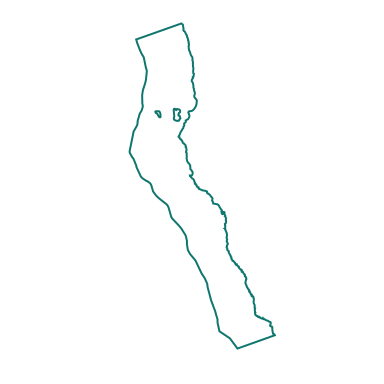 Lago Niassa, Niassa, Mozambique (Robinson projection), rotated 341°
{"feature_id": "85939544B11916103118899", "entity_name": "Lago Niassa", "entity_type": "district", "adm_level": 2, "iso_a3": "MOZ", "parent_name": "Mozambique", "parent_adm1": "Niassa", "projection": "robinson", "projection_center": [34.718, -12.529], "detail": "fine", "context": "isolated", "style": "outline", "palette": "teal", "viewbox_px": 384, "rotation_deg": 341, "n_neighbors": 0, "source": "geoboundaries", "source_scale": "gbopen_adm2", "svg_char_len": 6077}
<svg xmlns="http://www.w3.org/2000/svg" viewBox="0 0 384 384"><g transform="rotate(341 192 192)"><path d="M214.8,289.0L214.5,288.7L214.6,288.3L215.0,287.9L215.0,287.1L214.5,286.5L214.1,285.0L214.2,284.4L213.8,283.8L213.8,283.4L213.4,283.2L213.1,283.3L213.2,282.5L213.5,282.5L213.6,282.0L213.4,281.5L212.7,281.2L212.5,280.5L211.9,279.6L211.7,278.8L212.0,278.4L212.0,277.8L211.3,277.3L211.3,277.0L210.9,276.2L210.8,275.3L210.3,275.6L209.7,274.8L209.8,273.5L209.7,273.0L209.3,272.8L209.1,271.6L208.6,270.6L207.9,270.3L207.8,269.9L208.0,269.1L207.6,268.4L207.5,267.7L207.9,267.1L208.0,266.6L207.6,265.9L207.6,265.4L207.8,265.1L207.6,264.5L207.6,263.9L207.4,263.6L207.4,262.6L207.1,261.8L207.1,261.0L207.5,259.9L207.4,259.6L206.8,259.0L206.5,258.1L206.9,257.3L207.0,256.6L206.7,256.0L206.7,255.4L207.4,254.6L207.6,253.9L208.7,253.2L209.0,252.6L209.1,252.1L208.8,251.2L208.8,249.7L209.8,248.4L209.7,247.3L209.9,247.1L210.0,246.1L211.0,244.5L211.3,243.4L211.2,242.7L211.5,241.8L211.2,239.0L211.5,238.3L211.1,237.7L211.3,237.2L211.1,237.0L211.5,236.9L212.4,235.1L212.5,234.8L212.3,234.1L212.7,233.3L212.8,232.8L213.5,232.7L214.3,231.7L214.8,230.7L214.8,229.4L215.6,228.3L215.5,226.2L215.3,225.8L215.6,225.7L215.8,225.3L215.4,223.7L215.7,223.3L215.7,222.9L216.1,221.8L215.6,221.2L214.9,221.1L214.7,221.4L214.5,222.5L214.4,222.7L214.1,222.6L214.1,222.8L213.5,222.8L213.2,221.9L213.3,221.2L213.6,221.4L213.8,221.2L213.5,220.2L214.2,219.9L214.3,219.3L214.1,218.3L213.8,218.1L212.8,213.0L212.0,211.9L208.3,209.8L208.3,208.7L208.6,207.8L208.2,206.6L209.2,205.0L209.3,204.5L209.0,203.4L208.7,203.1L208.0,200.7L207.1,199.3L207.1,199.0L206.1,198.3L206.0,197.5L206.2,197.1L206.3,196.4L206.1,196.1L204.2,194.7L202.7,194.1L201.2,192.6L199.5,191.3L199.3,190.1L199.4,189.9L199.7,190.0L199.7,189.7L198.3,188.4L198.5,186.7L198.1,186.3L197.4,185.1L197.6,184.1L197.7,184.7L198.0,185.0L197.6,183.0L197.8,182.5L197.6,180.7L197.2,179.9L196.3,178.7L195.9,177.3L195.3,176.4L195.4,175.7L196.7,176.3L197.1,176.3L197.8,175.9L198.5,175.0L199.0,173.5L199.0,172.9L198.7,172.0L198.6,171.2L198.0,170.0L198.0,169.3L198.5,168.1L198.5,167.6L199.0,166.2L198.4,164.1L197.7,162.6L197.5,161.0L197.8,158.9L199.6,153.6L199.6,153.1L199.3,152.6L199.5,151.8L200.3,151.1L200.7,149.7L200.9,148.7L200.6,147.6L201.0,147.2L201.1,146.9L200.9,146.5L201.1,145.6L200.7,144.7L200.3,144.2L200.2,143.6L199.3,142.4L199.4,140.6L199.1,140.3L198.8,138.8L198.5,138.6L198.5,138.3L197.9,137.5L197.8,137.0L197.9,136.7L198.0,136.0L197.4,135.6L197.7,135.2L197.6,134.9L198.7,134.1L200.9,131.5L202.6,130.3L203.1,129.6L204.5,128.8L205.4,127.2L206.1,126.9L206.4,126.5L206.8,124.7L208.6,124.0L209.1,123.5L209.3,122.3L212.1,121.8L213.7,120.3L214.4,119.2L214.5,117.4L214.4,115.8L214.9,115.0L215.3,114.8L216.4,114.9L217.2,115.2L218.7,115.2L220.2,114.7L221.7,113.7L223.1,112.6L224.2,111.3L224.9,110.2L226.3,107.3L226.3,106.7L226.1,105.5L225.3,103.7L225.2,102.5L225.6,101.5L226.4,100.6L227.1,98.6L227.0,96.7L227.4,95.0L227.3,94.0L227.5,93.1L227.9,92.3L228.2,90.1L228.3,89.0L227.9,87.3L227.9,86.8L228.7,85.5L229.8,84.8L230.3,84.1L230.2,83.5L230.7,83.4L231.3,82.9L231.9,81.6L232.0,81.0L232.2,80.9L231.9,80.3L232.4,78.2L233.6,75.5L233.9,73.2L234.1,72.7L234.3,72.5L234.3,72.0L234.6,70.8L234.9,70.6L235.3,68.6L235.3,67.4L235.7,66.8L236.2,64.7L235.6,62.7L235.5,60.4L235.7,59.1L235.4,57.3L235.6,56.7L235.7,55.0L236.1,53.9L236.2,53.0L236.8,52.3L237.3,51.2L237.2,50.3L237.6,49.5L237.8,48.0L237.6,47.6L237.9,47.1L237.9,45.5L238.1,44.8L237.8,43.7L238.1,42.4L238.0,41.6L237.8,41.4L237.5,38.4L237.2,37.6L236.7,37.1L236.5,36.4L237.4,34.0L237.3,33.3L237.7,31.9L237.8,30.8L236.8,29.2L188.9,29.6L188.7,33.5L189.0,41.4L189.5,45.8L190.1,48.0L190.2,49.2L188.9,59.3L188.8,62.1L188.4,63.6L184.9,71.1L182.9,74.2L178.7,79.8L176.4,84.2L173.9,92.0L173.5,94.6L173.1,95.5L171.0,98.5L168.8,100.3L167.5,101.6L166.8,102.9L164.0,106.7L162.6,109.8L161.8,111.1L156.5,115.8L146.6,132.6L146.2,133.4L145.9,134.7L146.9,140.1L147.3,140.7L147.5,141.8L147.9,149.3L147.6,150.2L148.7,160.9L149.6,162.9L152.7,166.9L153.6,167.5L154.0,168.4L155.1,169.7L155.5,171.0L155.7,172.3L155.4,178.8L156.9,183.7L158.6,187.0L163.9,195.3L164.4,196.4L164.8,199.0L164.3,208.1L164.5,210.3L168.6,219.3L170.0,223.0L171.7,230.3L171.8,231.7L171.3,236.6L170.2,239.7L169.2,245.5L169.9,249.8L173.0,257.9L174.6,272.4L176.0,277.7L176.5,283.8L175.8,287.0L174.8,300.7L175.1,312.7L174.8,316.3L174.7,320.5L173.6,324.0L172.6,332.7L180.2,342.7L184.0,354.8L223.7,354.4L223.5,353.3L222.6,352.6L222.5,352.2L222.9,349.4L223.6,346.6L223.8,346.4L223.8,345.4L222.6,344.5L222.3,343.8L223.7,341.9L223.9,340.7L222.3,339.2L221.8,338.4L220.3,337.4L219.5,336.2L218.8,335.9L218.6,335.3L218.1,335.3L217.8,334.9L217.8,334.3L217.3,334.6L216.7,334.3L216.6,334.1L216.1,333.8L215.2,332.7L215.3,332.3L215.1,332.0L214.6,332.1L214.2,331.6L213.9,331.7L213.5,330.5L212.9,330.4L212.6,329.7L212.2,329.4L212.0,328.2L211.9,328.0L212.3,327.0L212.3,326.7L212.7,326.5L212.5,325.8L213.2,323.3L213.4,323.1L213.4,322.7L213.9,322.3L213.6,321.6L214.4,319.5L214.2,317.0L214.5,315.9L214.9,315.3L215.1,314.4L215.7,313.3L215.8,312.4L215.6,312.1L215.9,311.0L215.9,310.8L214.7,310.1L214.5,309.7L214.6,309.3L215.1,309.0L215.1,308.6L215.0,308.3L214.3,307.8L214.4,307.6L214.3,306.0L213.8,305.4L214.0,304.9L213.8,304.6L214.1,304.4L213.8,304.1L214.0,302.9L213.9,302.6L213.5,302.3L213.4,300.9L213.0,300.2L213.1,299.6L212.9,298.4L213.1,297.9L212.8,295.6L213.6,293.9L214.2,293.2L214.6,292.3L215.0,292.1L215.3,290.8L215.3,290.1L214.8,289.4L214.8,289.0ZM207.2,111.4L206.6,112.7L206.3,112.9L205.2,113.1L204.4,114.3L204.2,114.9L204.2,115.3L204.4,115.6L205.0,115.8L205.1,116.2L205.0,118.2L204.9,118.7L203.5,119.5L202.9,120.3L202.0,120.2L200.5,119.6L199.0,118.3L198.6,117.5L198.7,116.7L199.9,114.6L201.4,108.4L201.9,107.7L202.6,107.6L203.1,107.9L203.6,109.3L203.8,109.4L204.6,108.7L205.0,108.7L206.9,110.0L207.2,111.0L207.2,111.4ZM187.5,108.3L187.0,109.3L186.8,110.6L186.5,110.9L186.2,111.0L185.5,110.7L185.0,109.3L184.7,106.8L183.6,105.5L183.4,104.8L183.6,104.0L184.4,103.9L185.3,104.4L186.8,104.8L187.4,105.3L187.6,106.5L187.5,108.3Z" fill="none" stroke="#0f766e" stroke-width="2"/></g></svg>